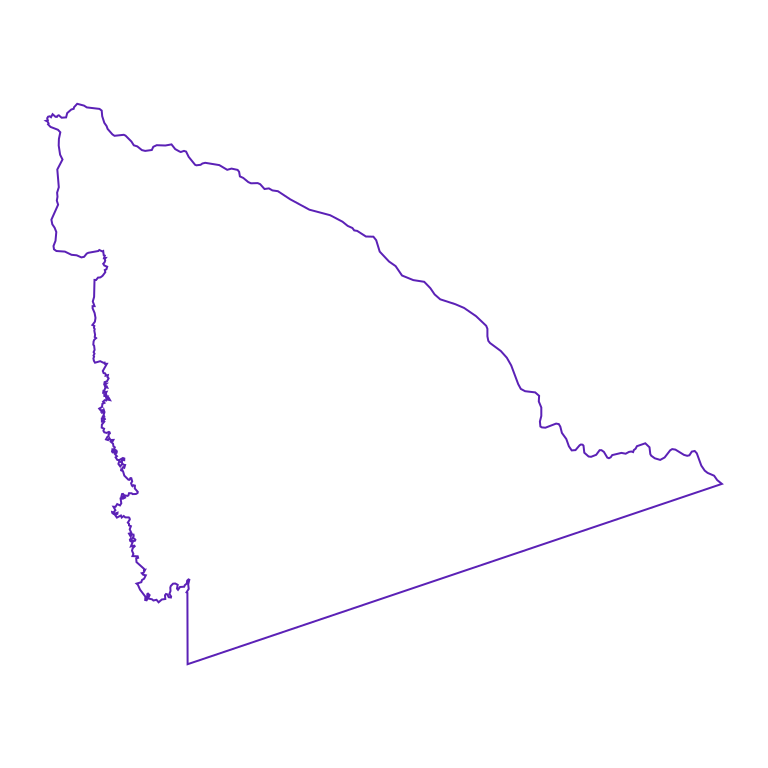 Taisha, Morona Santiago, Ecuador (orthographic projection)
{"feature_id": "8360857B62075287883124", "entity_name": "Taisha", "entity_type": "district", "adm_level": 2, "iso_a3": "ECU", "parent_name": "Ecuador", "parent_adm1": "Morona Santiago", "projection": "orthographic", "projection_center": [-77.601, -2.443], "detail": "fine", "context": "isolated", "style": "outline", "palette": "violet", "viewbox_px": 768, "rotation_deg": 0, "n_neighbors": 0, "source": "geoboundaries", "source_scale": "gbopen_adm2", "svg_char_len": 6040}
<svg xmlns="http://www.w3.org/2000/svg" viewBox="0 0 768 768"><path d="M48.0,124.3L50.5,126.9L58.0,129.8L60.3,132.3L58.9,139.0L58.7,145.5L60.1,154.7L62.5,159.5L57.3,169.5L58.8,187.2L57.1,192.7L57.5,196.8L56.8,200.6L58.1,204.7L51.4,219.7L52.3,224.3L54.6,227.7L56.3,232.0L55.5,240.8L53.5,246.0L54.0,249.3L56.4,251.0L64.9,251.6L71.5,254.8L76.7,255.3L81.4,257.4L84.1,256.8L86.7,253.6L88.3,252.8L98.3,251.0L99.3,250.0L102.3,251.4L103.2,251.0L103.7,255.1L104.8,255.6L104.0,258.1L105.6,258.0L104.7,259.1L105.2,260.6L104.5,262.4L103.2,263.8L104.3,265.5L107.2,266.7L106.4,269.3L104.8,270.0L105.3,272.2L102.5,275.9L100.4,277.4L98.0,277.6L96.1,280.0L94.5,279.9L94.1,296.9L92.8,301.5L94.5,306.1L92.6,306.1L92.6,308.3L94.6,313.0L95.5,317.9L94.9,321.7L92.4,325.0L94.3,325.9L93.9,327.8L94.7,329.1L94.3,330.7L95.1,334.8L94.7,337.0L96.1,338.1L94.3,339.7L93.6,341.4L93.3,344.7L94.1,345.7L94.6,349.9L93.6,352.1L94.5,353.7L93.5,355.6L94.1,356.7L93.4,358.4L93.9,360.8L95.0,362.7L100.2,361.2L103.5,362.8L104.6,362.6L104.8,363.8L106.9,363.8L102.8,371.0L103.6,373.1L105.0,373.3L105.8,374.5L105.6,375.7L107.9,375.1L107.5,377.1L108.6,378.3L107.0,381.3L104.6,382.1L104.3,383.9L106.2,383.8L104.6,385.2L105.0,386.3L106.6,386.2L107.3,387.6L105.4,387.3L104.5,390.3L103.5,390.6L103.2,392.6L106.5,391.9L105.9,393.1L106.2,394.5L105.4,395.1L104.3,394.4L104.4,396.0L105.7,395.9L106.1,397.5L106.8,396.1L107.8,396.3L107.0,397.9L108.7,397.8L110.0,400.1L106.7,399.4L106.2,400.5L104.6,400.2L103.1,401.7L104.4,402.9L102.4,403.8L102.0,407.0L99.2,408.6L100.6,410.3L101.9,410.2L101.5,411.6L102.5,411.5L102.3,412.7L103.4,412.5L103.9,410.3L104.5,412.1L103.6,415.1L104.1,416.1L102.8,416.4L102.5,417.3L104.5,418.2L104.9,419.1L104.3,419.5L103.5,418.5L101.8,418.7L101.9,421.4L103.4,420.8L104.3,421.6L101.9,424.6L101.7,427.6L104.1,428.7L103.4,430.8L104.3,432.3L106.6,432.9L108.9,431.9L109.6,432.3L109.9,433.3L108.6,434.4L108.6,436.1L107.3,437.0L106.0,439.4L108.1,440.1L109.4,438.2L110.5,440.0L113.4,439.9L112.9,440.9L110.9,441.8L113.0,443.6L113.5,446.4L114.8,447.3L114.0,449.1L115.6,450.1L114.3,451.1L112.4,449.5L112.0,451.5L112.6,452.4L115.4,452.5L116.2,450.9L116.8,451.3L116.6,452.8L115.0,454.1L116.9,456.2L115.6,457.3L117.3,459.9L119.2,460.1L122.9,458.0L124.3,458.5L124.2,460.2L121.9,459.9L122.0,462.5L119.2,461.4L118.4,463.9L120.2,466.4L122.4,463.5L123.4,464.7L125.1,465.0L124.3,467.7L123.3,467.1L122.6,467.5L122.3,469.2L121.2,469.3L121.1,470.3L123.0,471.2L124.3,475.6L128.4,479.7L129.5,479.8L130.4,478.1L131.3,478.2L132.2,481.4L131.1,483.2L131.9,485.6L132.6,486.2L133.4,485.2L134.9,485.6L134.8,488.5L137.8,491.9L137.5,493.1L135.9,494.0L132.6,494.1L131.7,493.3L129.0,493.2L128.4,495.4L127.5,495.9L124.2,495.3L123.0,493.9L122.0,494.1L121.3,497.0L124.4,496.4L125.1,497.6L122.9,498.7L120.6,498.7L121.3,503.3L120.0,505.4L117.2,504.1L115.5,506.8L113.4,506.7L115.4,510.2L113.5,512.4L112.1,512.0L112.2,512.8L113.6,514.0L117.5,512.7L117.4,513.8L115.2,515.2L116.9,517.6L120.9,515.5L121.7,517.5L123.7,516.0L125.3,517.4L128.8,517.4L129.6,518.3L129.8,519.5L127.8,522.6L129.0,523.8L129.0,525.4L130.9,526.2L129.7,529.3L131.4,533.0L129.0,533.6L130.7,536.6L131.4,534.6L133.5,534.6L133.7,536.0L132.5,538.2L134.3,538.6L135.4,539.8L134.9,540.8L133.0,541.1L130.4,539.1L129.9,539.7L130.2,540.9L132.6,542.3L130.9,546.4L134.2,545.6L134.7,546.2L132.7,548.2L132.0,550.7L133.4,553.9L132.5,556.1L137.7,556.3L138.1,557.8L136.2,558.4L136.5,562.1L144.1,568.9L144.0,570.0L145.1,569.8L143.6,572.7L141.8,573.2L143.2,574.8L145.8,575.3L144.1,578.7L142.0,580.0L141.3,582.2L136.6,583.6L137.9,584.8L140.0,589.6L145.4,596.7L145.2,600.0L146.6,600.3L147.1,599.5L147.3,594.1L148.0,593.6L149.6,595.1L148.3,597.9L148.6,598.6L152.0,599.3L153.4,600.5L156.5,599.8L158.6,602.3L161.8,599.5L165.3,599.0L165.0,595.3L166.0,594.0L167.3,594.4L168.7,597.2L170.9,597.5L171.1,596.5L169.4,593.9L170.5,591.0L170.3,587.6L170.8,586.0L173.0,583.7L175.2,583.5L177.7,584.8L177.0,588.6L178.0,589.8L180.0,587.0L184.2,586.7L184.8,585.2L186.8,583.5L187.2,580.6L188.5,579.4L189.3,579.8L188.2,584.3L188.7,588.9L186.5,592.4L187.4,592.9L187.6,664.2L721.9,483.9L717.2,480.1L714.1,475.7L707.6,472.9L704.7,470.6L701.3,465.6L696.8,453.3L694.7,451.0L691.8,451.6L689.4,455.3L687.2,455.8L684.0,454.9L675.4,449.6L672.2,449.1L670.2,450.3L664.6,457.5L660.2,459.9L654.8,458.3L651.2,455.7L650.3,454.1L649.5,447.3L645.3,443.3L636.9,446.2L635.6,448.7L633.8,450.1L633.1,452.1L631.3,451.5L629.0,451.9L625.7,453.7L621.4,452.9L612.2,455.1L610.7,457.3L608.9,458.2L607.3,457.6L603.9,451.9L601.5,450.2L599.6,450.2L596.2,454.8L591.1,456.8L588.6,456.5L584.3,452.7L583.5,445.7L582.6,444.7L580.9,444.5L579.6,445.3L575.5,450.1L571.7,450.4L568.9,446.3L566.3,439.0L561.9,432.9L560.3,426.6L558.8,424.1L556.1,423.6L545.4,427.7L541.9,427.4L540.4,426.5L539.9,421.5L541.3,416.0L541.3,407.5L538.8,401.5L539.1,395.8L535.2,392.4L525.1,391.2L520.8,388.9L518.2,384.1L511.2,365.4L506.8,357.7L500.8,351.0L490.0,343.0L488.3,340.8L487.4,336.3L487.4,328.8L486.2,325.8L476.1,316.2L464.0,307.9L455.3,304.2L440.2,299.3L434.6,294.4L430.3,288.1L424.2,281.8L413.3,280.1L402.0,275.5L395.6,266.1L389.0,261.5L379.7,251.6L376.2,240.2L373.4,236.7L365.9,236.5L357.2,230.9L354.2,230.4L352.4,228.0L347.7,225.9L342.5,221.7L330.1,215.2L309.4,209.7L290.2,199.3L277.9,191.2L272.4,190.4L268.9,188.4L264.5,189.0L260.2,184.2L257.7,183.1L251.0,183.3L248.3,182.1L243.2,177.9L239.9,176.4L239.1,171.8L237.6,169.9L231.5,168.6L227.2,169.8L219.3,165.1L205.2,162.8L202.4,163.5L200.6,164.8L196.4,165.3L195.1,164.8L188.7,156.9L186.1,151.6L184.0,150.9L180.8,152.0L179.5,151.5L175.2,149.1L171.5,144.4L165.4,145.5L156.7,145.2L153.3,146.8L151.8,150.0L145.2,150.9L141.9,150.1L137.3,146.4L133.8,145.3L131.4,141.5L125.5,135.6L123.8,134.8L114.5,135.8L112.4,134.4L107.6,128.9L106.6,126.1L104.3,122.8L102.2,116.2L101.7,110.6L99.5,108.9L86.8,107.4L84.0,105.6L77.2,103.8L74.0,107.3L73.7,108.8L71.3,109.5L67.2,113.1L66.1,117.4L61.6,117.7L58.8,115.3L57.5,115.8L56.9,116.9L55.5,116.8L52.6,114.2L51.0,117.2L49.8,116.3L48.1,116.7L47.2,118.2L47.8,120.3L46.1,120.8L47.6,121.6L48.6,123.4L48.0,124.3Z" fill="none" stroke="#5b21b6" stroke-width="2"/></svg>